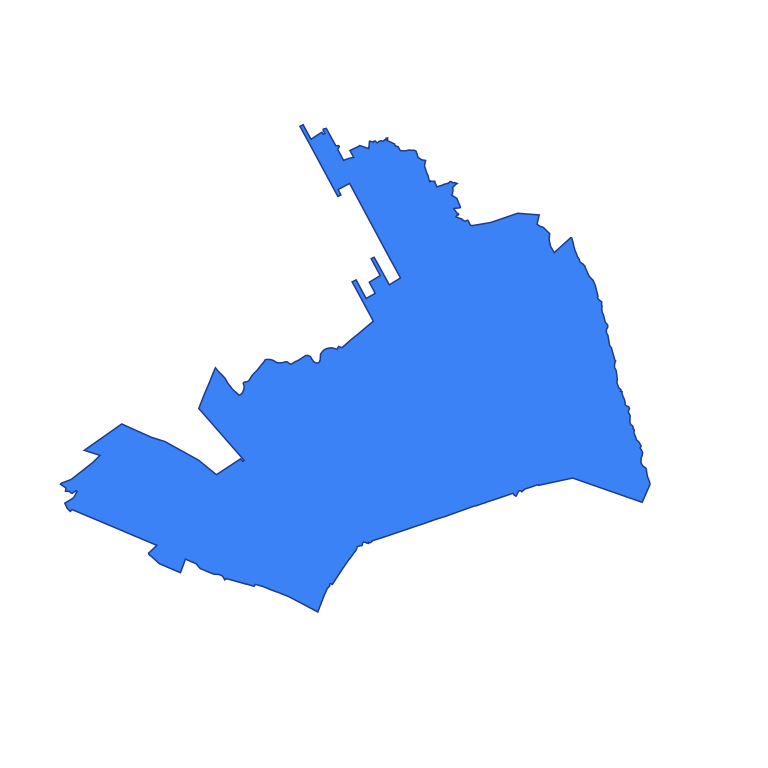 the district of Juárez, Nuevo León, Mexico, rotated 196°
{"feature_id": "50627088B92214080906145", "entity_name": "Juárez", "entity_type": "district", "adm_level": 2, "iso_a3": "MEX", "parent_name": "Mexico", "parent_adm1": "Nuevo León", "projection": "albers", "projection_center": [-100.116, 25.608], "detail": "fine", "context": "isolated", "style": "filled", "palette": "blue", "viewbox_px": 768, "rotation_deg": 196, "n_neighbors": 0, "source": "geoboundaries", "source_scale": "gbopen_adm2", "svg_char_len": 6135}
<svg xmlns="http://www.w3.org/2000/svg" viewBox="0 0 768 768"><g transform="rotate(196 384 384)"><path d="M406.1,151.1L384.8,146.6L383.1,165.4L382.7,167.5L382.1,172.2L381.5,172.8L380.5,175.0L381.0,176.5L380.8,177.1L380.6,177.4L380.2,177.5L378.4,177.0L374.0,191.5L372.5,196.1L369.0,206.6L368.8,206.5L366.9,211.8L366.7,212.5L365.1,216.3L364.8,218.2L365.0,220.1L364.1,220.9L362.8,221.7L362.5,222.1L361.3,222.2L360.5,222.8L360.4,223.5L360.8,224.8L360.3,226.0L360.0,226.5L358.0,226.6L357.2,226.5L356.7,226.3L355.0,226.5L355.2,227.5L353.6,227.6L352.3,229.0L352.2,229.9L339.6,238.4L316.7,254.3L311.8,257.7L311.6,257.7L298.1,267.3L291.8,271.5L288.8,273.4L284.3,276.7L263.0,292.0L262.1,292.1L256.1,296.4L253.1,298.3L253.1,298.5L252.4,299.0L239.2,308.0L229.9,314.5L228.8,313.6L227.9,312.9L226.1,312.6L225.1,317.8L224.6,318.6L222.8,319.0L221.8,318.4L219.7,321.8L212.4,326.7L208.4,329.7L207.6,329.1L176.7,345.6L103.2,341.4L100.6,360.8L101.7,363.0L105.2,367.6L106.8,370.8L108.5,374.8L109.6,375.6L112.7,376.6L115.2,379.0L116.4,383.7L116.1,386.5L116.5,389.4L118.7,391.9L120.2,393.1L120.3,393.5L119.7,394.6L119.8,395.3L123.1,398.6L126.0,400.0L127.5,402.4L130.4,406.1L130.7,408.6L131.9,409.9L132.5,410.0L132.5,410.6L133.1,412.0L133.7,412.4L135.5,412.9L137.0,414.8L138.4,420.4L139.1,422.1L140.7,423.5L141.3,424.2L141.5,424.9L141.3,428.2L141.7,428.7L142.7,429.5L145.8,430.1L146.6,430.9L147.1,432.6L147.8,434.0L148.5,435.2L149.6,436.6L150.6,437.4L151.5,439.1L152.6,440.4L152.8,440.9L152.8,442.1L153.3,442.5L154.1,442.4L154.5,442.2L154.8,442.2L154.6,443.7L155.3,444.2L157.4,445.2L160.6,449.7L160.9,452.5L164.5,460.9L166.7,463.1L167.1,463.8L167.7,466.7L168.0,467.9L167.6,469.9L168.6,470.5L175.4,481.5L177.7,483.2L182.2,492.6L183.7,493.8L184.7,495.8L185.0,496.5L185.1,498.2L184.7,499.6L184.6,500.6L185.4,502.6L186.8,503.4L187.8,504.0L188.5,504.7L191.5,509.9L192.5,511.4L194.1,513.3L195.5,516.8L195.8,519.0L196.5,519.7L196.9,521.0L197.3,522.9L201.1,524.5L201.7,524.9L202.3,525.5L202.7,526.3L202.5,527.3L207.8,536.6L211.6,541.4L213.2,542.2L216.7,544.3L222.9,551.8L223.3,552.8L224.0,553.1L225.9,554.2L229.3,555.3L230.9,557.9L232.1,559.0L232.7,559.3L233.7,560.3L234.3,561.5L235.8,563.4L236.6,564.1L239.0,567.9L241.4,572.4L243.8,576.2L244.8,576.2L256.6,557.2L261.8,562.2L265.1,568.4L266.2,574.2L274.0,578.4L275.3,578.6L276.4,578.7L277.3,578.5L280.9,579.8L281.4,589.3L302.5,585.0L326.2,568.5L342.4,560.8L343.8,560.5L344.8,560.5L348.3,564.4L349.0,564.4L350.4,563.2L350.8,562.7L354.2,563.6L354.9,564.2L355.6,564.1L356.5,564.2L357.4,564.0L358.8,564.5L360.6,564.4L360.9,564.6L360.9,564.9L360.4,566.5L359.5,566.8L359.2,567.0L359.0,567.6L359.1,567.9L359.7,568.2L361.1,568.5L365.1,571.7L365.0,572.0L364.8,572.2L359.7,574.2L359.3,574.6L359.3,575.1L365.1,582.5L370.9,584.2L370.8,585.5L370.6,586.0L370.9,587.5L371.0,589.1L371.1,589.5L372.2,591.8L370.6,594.6L370.0,595.8L368.9,596.8L369.8,597.0L371.3,597.1L372.7,596.7L373.4,596.4L375.3,597.1L376.3,596.8L377.3,594.9L381.5,592.4L382.1,591.7L387.5,588.1L388.8,589.7L389.9,590.9L391.1,592.9L394.4,591.9L395.4,592.1L395.9,591.0L396.9,592.4L399.0,596.4L399.5,597.0L400.6,598.0L405.0,604.5L405.2,605.1L405.5,607.5L405.5,609.7L405.6,610.3L405.9,610.4L409.3,609.9L410.3,610.1L411.8,610.7L413.6,611.1L415.3,613.7L415.5,614.3L415.8,614.5L416.0,614.6L416.2,614.8L416.5,615.4L417.2,616.4L417.8,616.9L420.0,616.9L421.4,616.4L422.3,616.0L424.1,616.0L427.4,614.2L428.8,613.6L432.1,613.0L432.4,613.0L432.9,613.2L433.5,613.6L435.8,616.0L438.8,616.1L439.5,616.5L439.7,617.3L439.9,617.6L448.5,619.0L448.0,619.9L448.3,621.5L449.8,620.8L449.6,619.8L450.0,619.3L450.5,619.1L451.7,617.1L453.5,617.1L455.6,616.0L456.7,614.1L457.2,614.0L457.6,614.0L458.7,614.8L459.6,615.2L460.3,614.9L460.6,614.3L460.7,613.6L464.8,613.5L464.9,613.3L464.2,609.9L463.6,606.1L471.6,606.5L473.1,606.5L474.0,605.3L481.1,599.1L475.6,593.5L479.4,591.5L483.0,589.0L484.5,587.8L493.2,596.8L492.4,599.7L492.5,600.1L492.8,600.4L493.4,600.5L493.8,600.5L496.0,599.7L509.9,613.8L512.6,612.3L512.5,611.2L509.8,608.6L511.4,607.2L513.1,608.9L517.5,604.0L521.6,599.1L533.3,611.0L535.8,608.5L520.8,593.3L480.0,551.5L477.5,553.8L481.7,558.2L472.3,567.3L411.9,505.1L408.6,501.9L397.4,490.5L406.2,480.8L428.4,503.1L430.9,500.9L417.5,487.2L426.2,477.8L417.4,468.7L424.8,461.3L439.5,476.4L442.8,473.4L427.9,458.2L411.6,441.5L423.3,424.0L428.1,417.3L434.4,407.3L438.0,407.6L438.7,404.5L444.0,404.4L445.5,403.9L446.8,403.4L449.0,402.2L450.6,400.7L451.4,399.6L452.1,398.3L453.2,395.5L453.1,394.4L452.4,391.5L452.1,389.9L452.0,388.6L452.2,387.4L452.5,386.8L453.3,385.9L453.8,385.7L454.8,385.6L456.8,385.8L457.9,386.2L460.3,388.1L462.1,389.9L463.2,390.3L464.8,390.5L465.4,390.4L466.1,390.2L467.3,389.6L471.8,384.4L472.7,383.3L473.9,382.2L475.7,381.0L476.8,379.4L478.2,378.0L478.5,377.7L479.0,377.6L480.2,377.5L481.4,377.9L482.7,378.5L483.1,378.6L483.7,378.6L484.3,378.4L485.4,377.9L486.7,377.0L487.9,376.4L491.4,375.2L492.7,375.1L493.5,375.2L496.7,376.1L499.6,376.3L502.9,375.5L504.7,374.7L505.1,374.1L505.3,372.9L510.0,361.7L512.5,357.3L513.2,355.6L514.5,351.1L515.0,349.8L515.8,348.9L516.8,348.1L518.2,347.7L518.8,347.3L519.2,346.8L519.5,345.8L518.3,344.1L517.6,342.5L517.4,341.2L517.4,338.2L517.8,336.2L518.0,335.6L519.1,334.2L519.9,333.5L520.5,333.3L522.4,334.4L527.9,337.0L534.4,341.8L538.4,345.7L542.8,348.4L544.9,349.4L547.4,350.9L550.5,353.1L551.2,348.3L552.0,339.5L553.9,324.4L555.3,309.4L497.5,272.1L498.5,270.7L501.3,272.5L520.1,250.6L541.4,259.7L578.8,268.3L593.2,268.7L625.1,273.3L653.9,237.6L637.3,237.1L642.5,228.0L658.4,206.0L666.9,199.7L667.4,198.4L661.2,196.5L660.6,193.1L656.5,194.1L655.2,193.0L653.5,193.0L650.8,196.4L649.4,196.2L651.0,189.0L658.0,181.5L654.3,177.2L650.4,175.0L649.2,177.3L602.5,171.7L588.9,170.0L557.8,166.3L563.7,156.5L563.3,155.7L562.0,154.7L560.7,154.5L550.4,149.3L527.7,146.5L526.9,155.9L526.7,160.9L515.4,159.5L514.8,159.3L510.1,156.1L509.7,155.9L500.6,154.8L494.9,154.3L490.3,155.4L486.4,154.9L483.2,152.0L483.2,152.6L482.5,152.6L482.1,152.8L482.0,153.5L461.2,153.6L461.2,153.8L453.2,153.7L452.9,154.1L452.5,155.7L452.1,156.0L444.0,155.9L434.8,154.9L428.8,154.5L417.3,153.4L406.1,151.1Z" fill="#3b82f6" stroke="#1e3a8a" stroke-width="1.5"/></g></svg>